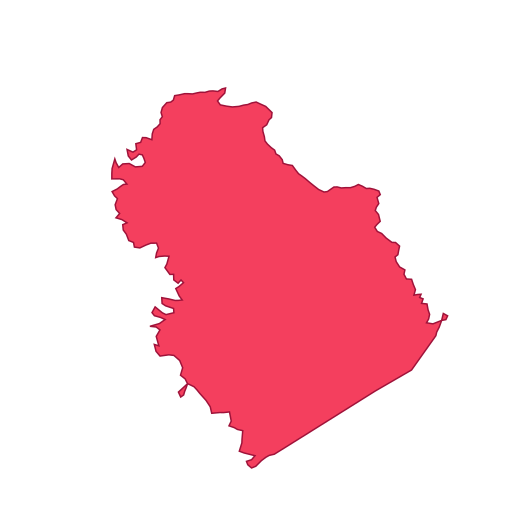 outline of Congonhinhas, Paraná, Brazil, rotated 148°
{"feature_id": "56859067B3858872318801", "entity_name": "Congonhinhas", "entity_type": "district", "adm_level": 2, "iso_a3": "BRA", "parent_name": "Brazil", "parent_adm1": "Paraná", "projection": "mercator", "projection_center": [-50.497, -23.623], "detail": "fine", "context": "isolated", "style": "filled", "palette": "rose", "viewbox_px": 512, "rotation_deg": 148, "n_neighbors": 0, "source": "geoboundaries", "source_scale": "gbopen_adm2", "svg_char_len": 3311}
<svg xmlns="http://www.w3.org/2000/svg" viewBox="0 0 512 512"><g transform="rotate(148 256 256)"><path d="M381.7,184.0L379.7,181.0L377.8,177.9L377.0,173.6L376.5,169.4L374.9,160.1L374.7,152.4L376.9,146.1L369.6,142.4L366.5,140.4L361.1,137.8L364.5,129.1L368.9,126.3L365.4,122.0L363.7,118.8L359.8,114.9L364.9,108.1L367.0,105.0L373.6,99.3L370.5,95.3L362.7,87.2L367.7,85.6L372.9,86.9L373.6,83.3L372.1,78.6L367.6,77.8L359.8,79.6L354.4,80.1L350.4,79.9L345.5,78.2L314.5,78.2L226.1,78.3L184.5,76.9L145.7,93.1L143.1,95.7L138.3,98.6L132.7,103.0L141.9,104.7L146.8,109.0L143.0,111.1L139.7,114.5L138.6,119.2L136.4,124.7L140.7,128.1L137.0,131.1L139.2,134.1L136.3,136.1L139.5,137.8L142.8,139.1L138.6,143.0L137.7,148.5L136.4,153.8L140.6,156.8L140.2,162.1L137.1,165.3L140.0,170.6L140.1,176.9L138.6,181.5L135.0,181.9L131.9,185.3L129.0,188.3L130.5,193.5L133.5,195.5L136.1,202.2L137.5,208.5L140.1,212.5L140.1,217.5L136.8,218.6L132.3,219.6L130.1,226.3L130.8,231.3L128.1,233.6L124.1,235.4L122.3,241.6L118.1,242.2L117.4,246.0L120.5,250.0L123.6,253.1L126.7,254.8L128.8,258.8L131.3,262.4L135.2,262.7L139.7,263.9L143.5,266.3L147.6,268.5L150.5,271.5L153.4,273.2L157.7,273.0L161.3,272.8L164.4,274.2L167.6,279.1L169.4,284.0L171.4,289.7L173.2,295.5L174.7,299.4L176.3,303.2L176.8,307.5L177.2,313.5L180.7,316.6L183.9,320.2L182.7,323.8L183.2,328.6L185.0,332.0L184.1,335.9L185.7,339.9L187.0,344.8L187.4,348.9L185.7,352.7L184.1,358.1L182.4,361.3L177.4,361.6L172.8,364.6L169.5,365.2L166.4,369.1L168.5,377.7L171.9,382.8L174.3,386.5L178.6,388.1L182.7,388.8L186.5,390.5L191.1,391.9L197.0,394.9L201.6,398.7L206.2,403.1L206.5,407.9L202.8,409.1L196.2,410.7L192.8,414.6L196.2,415.7L201.1,415.7L205.0,418.8L208.2,420.6L212.5,421.8L216.5,424.4L219.9,425.7L224.0,427.1L227.4,429.5L230.5,431.5L235.7,433.3L240.0,435.1L243.5,432.0L246.8,431.7L250.4,433.3L256.7,431.5L260.5,428.0L261.6,423.8L265.2,422.4L267.2,419.0L271.4,417.8L275.6,417.6L279.2,414.6L282.7,409.8L286.5,414.6L289.5,416.6L293.6,413.5L298.4,414.9L301.0,409.3L305.3,409.3L308.9,414.7L311.3,408.5L310.7,403.4L305.1,403.4L301.3,404.4L298.8,402.0L299.3,398.3L300.3,394.0L304.9,392.3L311.1,395.5L314.5,401.6L320.2,404.7L325.5,403.8L325.2,409.3L324.3,413.1L331.7,406.4L334.5,402.4L337.4,397.8L330.7,393.7L328.1,390.9L327.4,385.4L330.5,386.9L333.9,386.8L338.1,386.4L343.9,386.9L344.1,382.0L343.1,378.1L348.3,374.1L350.0,369.5L349.1,364.3L354.5,362.6L350.4,357.9L347.8,352.5L352.4,353.2L354.8,348.4L354.4,343.2L355.7,336.5L352.7,332.4L354.4,328.0L350.2,324.4L343.5,323.6L338.4,322.6L333.5,319.6L334.5,314.4L338.8,311.2L341.9,307.8L338.6,307.0L333.5,304.4L329.9,301.9L335.9,296.4L339.4,294.4L338.8,286.0L335.6,284.1L338.4,279.3L336.5,274.2L332.3,275.4L331.6,271.8L337.7,270.9L341.3,270.9L342.3,262.8L341.9,257.8L345.2,259.4L348.1,261.1L352.7,265.8L358.0,270.6L360.8,265.5L359.1,261.7L355.9,257.8L353.7,255.2L355.7,251.4L363.4,254.0L365.6,257.6L368.5,266.3L374.2,263.1L373.8,259.2L369.6,254.6L366.7,250.3L373.7,249.9L383.2,252.6L378.3,248.7L376.6,244.2L383.2,240.7L386.0,231.3L389.1,234.9L391.3,228.1L390.4,222.0L382.3,218.4L378.3,215.2L376.1,207.8L377.4,200.1L383.2,194.9L381.2,189.3L381.7,184.0ZM381.7,184.0L393.9,181.7L394.6,176.3L391.0,176.5L388.2,179.0L385.3,181.1L381.7,184.0ZM132.7,103.0L128.7,101.4L125.2,103.7L127.6,108.0L132.7,103.0Z" fill="#f43f5e" stroke="#9f1239" stroke-width="1.5"/></g></svg>